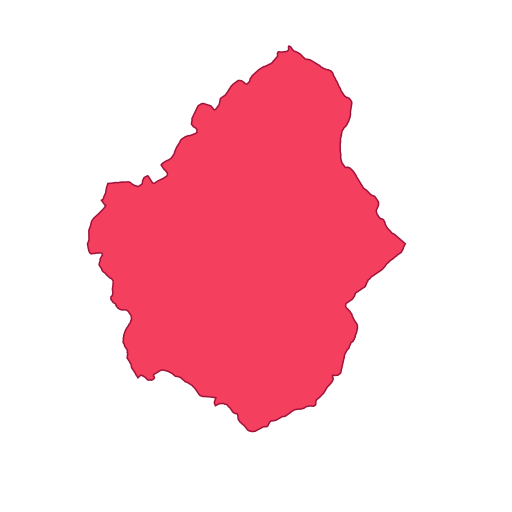 the district of Atenas, Alajuela, Costa Rica, rotated 146°
{"feature_id": "36466004B19113363200971", "entity_name": "Atenas", "entity_type": "district", "adm_level": 2, "iso_a3": "CRI", "parent_name": "Costa Rica", "parent_adm1": "Alajuela", "projection": "mercator", "projection_center": [-84.397, 9.98], "detail": "fine", "context": "isolated", "style": "filled", "palette": "rose", "viewbox_px": 512, "rotation_deg": 146, "n_neighbors": 0, "source": "geoboundaries", "source_scale": "gbopen_adm2", "svg_char_len": 6141}
<svg xmlns="http://www.w3.org/2000/svg" viewBox="0 0 512 512"><g transform="rotate(146 256 256)"><path d="M353.0,388.7L352.8,382.3L352.3,382.2L352.4,381.7L355.8,380.5L363.1,379.0L368.9,378.2L371.7,377.3L373.3,376.4L376.4,373.5L380.1,370.9L385.5,362.7L389.0,360.2L390.6,356.5L391.7,353.8L392.0,351.8L391.7,350.2L388.1,348.2L386.2,347.5L385.1,346.5L384.0,346.1L382.7,345.3L382.4,344.4L382.4,343.0L386.5,340.9L386.8,340.4L387.3,340.2L387.8,339.2L389.3,338.2L391.1,336.4L391.2,331.2L391.6,330.8L391.6,328.8L390.6,326.0L390.5,324.0L389.2,319.0L388.9,318.5L388.4,318.2L388.4,315.0L391.2,311.4L393.5,309.0L395.6,304.9L397.7,303.4L399.0,303.3L400.5,301.3L400.4,297.4L399.2,294.7L399.2,294.0L399.8,293.4L399.6,290.1L398.9,288.4L398.0,287.0L396.8,285.9L394.4,284.5L393.2,282.7L392.9,281.5L392.9,276.3L394.2,273.9L394.3,273.3L395.9,272.5L396.1,271.9L398.8,270.4L399.5,270.4L400.9,269.4L401.5,269.4L401.9,269.1L403.7,268.5L404.7,267.8L405.3,267.7L409.8,264.4L411.5,262.3L412.3,261.8L412.7,260.6L414.3,259.2L414.3,258.5L414.6,258.0L414.6,256.0L415.3,254.9L415.3,250.3L416.0,248.6L416.6,248.3L417.0,246.6L418.0,245.8L418.7,244.7L419.9,243.7L419.9,239.1L420.2,237.8L420.2,235.9L421.6,233.0L421.6,226.4L421.9,225.2L421.9,221.0L418.2,221.7L417.1,220.4L417.1,220.0L416.7,219.8L416.2,218.3L415.8,217.9L415.2,214.2L414.6,213.3L412.5,212.0L412.3,211.6L411.6,211.3L409.5,211.3L408.5,211.7L408.0,212.3L408.0,213.9L407.3,214.7L406.5,214.9L398.7,214.5L396.5,213.2L393.2,209.3L392.6,208.0L391.4,206.0L390.1,201.4L387.9,199.4L386.5,197.6L386.3,196.1L386.0,195.8L385.8,194.6L385.1,192.3L385.0,191.5L383.4,189.1L382.8,188.0L382.5,186.9L381.3,184.5L381.3,183.3L380.9,182.1L380.6,179.7L380.6,172.9L380.4,171.7L379.2,169.9L378.5,169.2L373.5,165.4L370.4,162.6L368.4,161.1L368.8,160.6L369.9,160.1L370.1,159.7L372.0,158.4L372.8,157.2L373.4,154.6L368.6,154.0L367.7,153.2L365.7,152.2L364.7,150.5L364.2,150.3L363.3,149.2L363.1,148.2L363.1,146.6L362.5,144.9L362.5,139.7L362.0,138.1L361.2,136.9L359.8,135.9L360.3,133.8L362.0,130.7L362.1,127.2L360.5,121.2L360.2,116.4L359.5,114.9L357.5,112.7L354.8,111.2L345.5,110.3L342.4,108.5L340.7,108.7L340.2,109.2L337.5,110.6L335.2,110.8L334.4,110.0L331.5,108.7L323.8,108.1L323.0,107.5L321.1,106.8L315.0,106.9L313.4,107.2L310.0,106.9L307.1,105.7L304.2,103.9L303.0,103.6L301.4,103.0L298.7,103.0L295.0,101.5L292.4,99.3L290.3,99.1L289.3,99.7L287.8,101.9L286.3,102.9L282.1,103.3L278.3,104.2L277.0,104.3L275.2,105.2L274.0,105.6L270.9,107.2L268.9,107.8L267.3,108.0L262.5,109.5L260.5,111.2L260.0,113.1L259.4,114.2L258.8,114.1L257.9,113.1L254.8,111.4L251.3,111.6L240.0,122.3L239.5,122.5L238.4,124.1L237.5,124.8L233.0,127.1L230.2,127.7L229.5,128.6L227.1,130.0L226.4,130.7L225.2,131.0L223.3,131.0L222.7,131.2L222.4,131.7L221.2,132.0L220.6,132.7L218.9,133.4L218.7,133.9L217.4,135.1L215.1,136.5L214.9,137.0L212.5,139.1L211.1,141.1L211.0,141.7L210.4,142.8L210.4,148.1L209.7,152.5L209.1,154.2L209.1,158.2L209.4,158.7L209.5,160.6L210.0,161.8L210.0,163.8L209.0,165.3L208.1,166.1L207.6,166.3L200.3,166.3L196.8,167.7L194.2,169.6L182.3,169.6L181.4,170.5L180.7,170.6L180.4,171.1L179.3,171.6L179.1,172.2L177.5,172.5L177.2,173.0L176.2,173.5L174.3,173.5L172.6,174.2L159.4,174.2L155.1,175.2L152.2,176.4L150.3,176.5L149.7,176.8L148.4,176.8L147.9,177.1L143.3,177.1L142.1,177.5L139.5,177.5L138.2,177.8L133.6,177.8L129.7,179.8L128.2,181.2L126.5,181.9L125.7,182.7L125.4,182.7L129.1,196.6L130.5,199.0L130.8,202.1L131.1,203.3L131.2,204.5L131.4,204.7L131.4,207.3L131.0,210.5L130.3,211.8L130.1,215.0L131.0,216.6L131.8,217.2L132.2,219.2L132.2,223.0L131.4,225.6L130.5,226.8L127.3,228.7L126.3,229.7L125.9,229.7L124.6,231.6L124.2,232.6L124.2,238.9L124.5,239.6L125.2,240.3L126.5,242.7L127.6,248.7L128.9,251.9L128.3,265.8L128.0,267.0L128.0,272.3L129.0,276.6L130.6,278.6L131.3,278.6L132.5,279.6L132.6,285.4L131.2,289.5L128.8,293.0L127.8,295.3L123.7,301.7L121.8,303.6L121.3,304.7L120.1,306.3L119.1,307.0L118.3,308.0L117.7,308.2L117.1,309.3L116.5,309.6L115.8,310.6L114.6,311.6L113.5,312.2L112.8,312.2L111.4,313.1L109.4,313.3L107.0,314.2L104.8,315.4L104.5,315.9L103.8,316.0L100.3,318.6L98.2,320.9L97.2,322.6L91.3,328.9L90.4,330.5L90.5,334.4L91.8,336.6L92.3,336.8L92.4,337.4L92.7,337.8L92.7,338.4L93.1,338.8L93.1,345.3L92.4,347.9L92.4,349.9L91.4,355.0L91.4,357.6L91.1,358.2L90.8,362.6L90.1,364.4L90.2,367.0L91.6,369.6L93.4,371.3L95.4,374.3L95.8,375.5L96.4,376.2L96.7,378.5L97.0,378.8L101.4,388.3L102.5,389.5L103.4,390.4L103.8,390.4L104.8,391.5L105.6,394.1L106.1,397.3L106.5,398.9L107.1,399.9L107.2,400.7L109.9,404.8L110.3,406.3L110.3,410.1L111.2,411.5L111.6,411.7L112.2,411.1L113.3,409.2L114.2,408.5L115.8,408.3L121.0,410.8L123.0,412.7L123.8,412.7L125.1,411.9L125.9,410.2L126.4,409.7L127.8,409.1L129.4,408.8L130.6,408.3L133.0,407.9L133.5,407.3L137.2,407.2L137.8,407.6L139.9,407.7L143.2,408.3L143.7,408.7L149.5,408.9L158.4,407.6L159.8,406.8L161.3,406.5L163.7,404.4L166.9,403.6L167.7,403.7L168.2,404.4L169.6,408.6L170.2,409.6L171.7,410.9L172.8,411.5L179.0,411.2L181.8,410.6L184.3,409.4L185.1,409.3L187.7,407.9L190.6,407.0L191.1,406.6L197.3,406.5L198.5,405.6L199.8,404.0L202.1,402.0L207.6,400.1L209.0,400.6L209.4,405.5L210.0,406.2L210.2,406.9L211.3,407.9L214.2,411.8L215.9,412.7L219.6,412.9L220.4,412.7L232.2,405.8L233.4,403.9L233.8,403.7L233.9,403.3L235.3,402.2L235.8,401.1L235.6,398.2L234.3,395.4L234.3,394.2L234.7,393.1L236.0,391.4L237.2,391.4L241.7,392.3L243.9,392.9L245.0,393.7L246.6,393.9L247.3,394.4L252.7,394.4L254.2,393.9L254.8,393.6L255.2,393.1L260.9,390.6L264.7,388.2L265.1,387.6L265.5,387.6L266.0,387.0L267.5,386.1L271.7,384.5L274.2,384.5L278.2,385.1L282.0,385.1L283.4,384.7L283.4,384.2L283.8,384.2L283.8,379.2L283.2,377.0L283.2,374.1L283.8,373.1L285.0,372.2L289.2,372.2L295.3,373.1L299.5,373.1L300.2,373.5L300.7,374.3L300.9,375.5L300.7,382.6L301.2,383.2L304.9,383.6L307.9,381.9L309.6,379.8L310.2,379.4L314.4,379.4L315.9,380.4L315.9,380.8L317.4,382.7L318.6,385.2L319.3,387.8L320.6,389.0L324.3,391.1L324.4,391.4L325.0,391.8L325.4,391.8L325.6,392.2L326.7,392.5L326.9,392.9L329.5,394.0L331.3,395.4L335.8,397.5L336.5,398.1L337.6,398.4L338.2,399.0L341.8,396.2L345.5,392.3L349.0,390.2L350.7,388.8L351.5,388.5L353.0,388.7Z" fill="#f43f5e" stroke="#9f1239" stroke-width="1.5"/></g></svg>